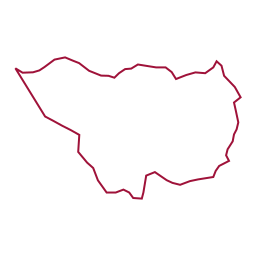 Lagoa do Carro, Pernambuco, Brazil
{"feature_id": "56859067B2234045348506", "entity_name": "Lagoa do Carro", "entity_type": "district", "adm_level": 2, "iso_a3": "BRA", "parent_name": "Brazil", "parent_adm1": "Pernambuco", "projection": "mercator", "projection_center": [-35.335, -7.857], "detail": "fine", "context": "isolated", "style": "outline", "palette": "rose", "viewbox_px": 256, "rotation_deg": 0, "n_neighbors": 0, "source": "geoboundaries", "source_scale": "gbopen_adm2", "svg_char_len": 879}
<svg xmlns="http://www.w3.org/2000/svg" viewBox="0 0 256 256"><path d="M15.4,68.3L45.1,116.5L53.4,120.9L62.3,125.8L70.4,129.9L79.3,134.9L78.2,151.9L87.1,162.6L93.2,168.0L97.9,180.3L106.6,192.5L115.8,192.5L123.4,189.6L129.2,192.5L133.2,198.0L141.8,198.6L143.4,192.5L146.2,175.6L154.9,172.1L166.7,180.2L172.5,182.9L180.1,184.8L190.0,181.1L198.1,179.4L213.3,177.0L215.7,170.9L219.2,165.9L229.0,160.9L226.1,155.3L227.6,149.3L232.7,141.3L234.0,134.4L236.6,129.4L238.3,122.4L235.7,110.1L234.0,102.5L240.6,97.3L234.8,87.0L224.1,75.8L221.5,65.7L216.6,61.3L213.3,67.4L205.2,73.2L195.4,72.4L186.3,75.0L176.0,79.0L171.7,72.1L165.6,67.4L156.1,67.4L146.6,65.9L137.9,64.5L131.2,68.6L125.1,69.1L119.0,73.2L114.4,77.7L108.5,75.8L101.1,75.6L89.1,70.8L79.1,63.1L73.0,60.7L65.1,57.4L54.5,59.6L44.4,67.1L39.4,70.4L33.0,72.3L22.6,72.7L15.4,68.3Z" fill="none" stroke="#9f1239" stroke-width="2"/></svg>